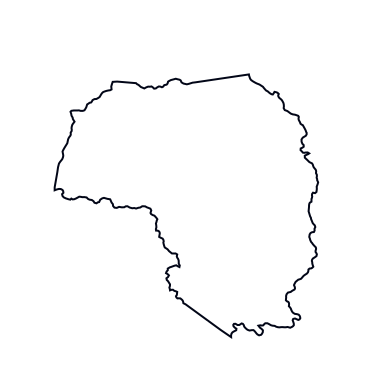 Boa Vista do Tupim, Bahia, Brazil (Natural Earth projection), rotated 286°
{"feature_id": "56859067B5310344538767", "entity_name": "Boa Vista do Tupim", "entity_type": "district", "adm_level": 2, "iso_a3": "BRA", "parent_name": "Brazil", "parent_adm1": "Bahia", "projection": "natural_earth1", "projection_center": [-40.706, -12.743], "detail": "fine", "context": "isolated", "style": "outline", "palette": "ink", "viewbox_px": 384, "rotation_deg": 286, "n_neighbors": 0, "source": "geoboundaries", "source_scale": "gbopen_adm2", "svg_char_len": 5985}
<svg xmlns="http://www.w3.org/2000/svg" viewBox="0 0 384 384"><g transform="rotate(286 192 192)"><path d="M320.7,214.3L298.2,164.7L297.3,162.5L295.0,159.0L294.1,157.4L293.9,153.9L294.5,151.7L296.1,150.4L296.5,149.2L296.4,147.0L296.4,145.2L294.8,142.6L293.8,140.9L292.5,139.5L291.5,138.6L289.5,138.6L288.2,138.0L287.1,135.9L285.4,135.3L284.4,134.2L284.6,132.5L284.3,131.0L283.0,129.7L281.6,128.7L280.9,127.1L281.8,125.5L282.3,124.0L281.6,122.5L281.2,120.8L280.0,119.2L278.4,117.6L278.7,115.1L278.9,113.8L280.2,111.1L280.5,109.5L281.2,108.2L277.5,89.6L276.0,85.4L273.4,85.3L271.2,85.3L268.4,86.4L267.3,85.3L266.5,83.5L265.5,81.7L264.4,80.1L263.5,79.0L262.3,78.3L260.9,77.8L257.8,77.0L256.3,75.7L255.1,74.5L254.4,72.6L252.9,71.1L251.3,70.8L250.2,70.3L249.5,68.9L248.5,68.2L247.3,67.1L244.2,67.0L242.2,66.5L240.9,66.1L239.9,64.7L239.3,62.5L239.3,60.9L238.4,58.1L237.8,55.9L236.8,53.7L235.6,53.1L234.1,54.2L232.1,55.2L230.7,56.7L229.3,57.4L227.2,59.7L226.1,59.3L224.9,58.8L223.5,58.4L221.7,58.4L220.2,58.6L218.6,59.3L217.3,59.5L215.7,59.0L213.6,59.7L212.4,59.5L211.0,58.9L209.9,58.6L208.5,58.4L204.5,58.7L201.7,57.9L199.2,57.2L196.6,56.6L195.3,56.4L194.2,56.9L192.7,57.7L191.3,58.3L189.6,58.4L187.7,58.2L184.6,56.9L182.7,56.3L178.9,56.4L173.8,57.1L158.7,58.7L155.8,59.5L157.2,61.4L158.3,63.3L158.7,65.1L158.3,66.9L157.4,67.9L155.8,68.6L154.1,67.7L152.4,68.7L151.5,70.2L151.1,72.4L151.0,75.1L151.1,77.1L152.4,77.8L152.0,79.3L152.6,80.8L153.9,82.4L155.2,83.7L156.4,84.9L156.7,86.4L156.8,88.0L157.4,89.8L157.7,92.2L156.7,93.9L156.4,95.6L156.7,97.9L156.0,99.9L154.8,101.2L154.8,103.3L156.1,104.3L156.7,105.5L157.9,105.7L159.3,105.9L161.2,107.5L162.1,109.0L162.1,111.1L162.1,112.7L162.3,114.1L162.4,115.4L159.7,117.6L158.5,119.3L156.8,120.0L155.6,121.8L156.0,124.1L157.6,126.0L157.9,128.6L158.6,131.0L160.0,132.3L160.5,134.0L159.9,136.3L159.9,139.0L160.7,141.0L160.7,142.8L162.1,144.9L162.8,146.5L164.6,148.1L165.3,150.9L164.8,153.1L164.7,154.7L164.5,156.6L163.1,157.9L161.9,157.9L160.4,157.9L159.5,158.8L159.0,160.6L158.9,162.4L157.4,164.8L156.3,166.2L154.9,166.0L153.3,166.1L151.8,166.0L150.4,166.7L148.3,167.5L146.4,167.5L145.0,168.1L145.4,169.7L145.1,171.1L144.3,172.0L143.1,172.5L141.7,172.6L139.8,172.8L139.4,174.4L139.1,176.6L138.1,177.7L136.8,178.4L135.5,178.4L134.0,179.2L132.4,180.2L131.2,181.1L130.2,184.3L128.8,186.3L127.4,189.6L127.9,191.6L128.4,193.2L127.9,195.0L126.0,195.1L124.8,195.9L123.9,197.0L122.6,198.0L120.9,198.6L119.5,199.0L118.0,200.5L116.4,200.6L116.7,198.8L117.2,197.1L116.4,195.6L115.7,194.6L114.5,193.0L113.5,191.5L111.7,189.8L110.2,190.3L108.5,189.5L106.8,189.4L106.4,191.1L105.5,192.8L103.7,192.4L102.0,191.2L100.5,192.0L99.7,193.5L98.8,194.5L97.2,196.3L95.6,196.7L93.9,196.6L92.7,197.4L91.4,198.0L92.3,199.2L92.8,200.6L92.1,202.3L92.1,203.9L91.9,205.3L90.3,205.6L88.8,205.8L87.4,205.3L86.4,206.0L85.7,207.3L86.2,208.7L86.5,210.2L85.5,212.4L84.5,213.5L82.7,214.4L82.3,216.7L67.3,257.6L63.3,269.6L64.8,269.1L66.8,269.0L68.3,269.6L69.3,270.5L71.3,272.6L72.8,272.4L73.3,270.8L74.3,269.0L75.6,268.3L76.8,268.7L77.3,270.1L76.7,272.4L77.2,274.1L78.3,275.1L79.3,275.9L79.3,277.2L78.3,278.5L77.0,279.3L76.0,280.8L75.1,282.6L74.8,283.8L74.7,285.5L75.7,287.6L76.2,289.2L75.3,290.9L73.7,293.1L73.1,294.2L72.7,296.0L73.8,297.8L74.9,298.3L76.7,298.7L78.6,298.3L79.6,296.6L80.3,294.7L81.8,292.7L82.7,294.4L82.9,296.1L83.5,297.3L84.6,297.7L86.0,298.6L86.6,300.6L86.3,302.3L85.7,304.6L85.7,306.2L86.1,308.4L85.7,310.0L85.7,311.8L86.0,313.4L86.7,315.0L87.1,316.3L87.4,318.0L87.8,319.4L88.6,321.1L88.6,323.8L90.0,325.4L91.0,326.2L92.1,326.6L93.8,326.0L96.5,324.1L97.9,324.3L98.8,325.9L98.5,327.9L98.3,329.4L99.1,330.4L100.3,330.9L101.5,330.5L102.7,329.6L103.5,328.3L103.5,326.5L103.2,324.4L103.7,322.6L104.5,321.3L105.8,320.1L107.2,319.1L108.1,318.0L108.9,316.6L110.4,316.4L111.9,315.9L112.9,314.9L113.1,313.4L113.8,312.1L115.3,311.8L116.5,311.6L118.0,311.1L119.8,311.1L121.8,312.0L123.1,314.4L124.1,315.1L125.0,315.9L126.5,317.4L127.6,317.6L128.9,317.1L130.6,315.7L132.0,315.9L134.2,316.4L137.0,318.3L137.8,319.6L138.7,320.8L142.2,322.4L143.5,323.4L145.2,324.9L146.7,325.6L148.3,325.6L149.6,325.3L150.8,326.1L151.4,327.6L152.3,328.5L153.6,329.2L155.0,328.2L156.3,327.4L157.7,326.9L158.8,326.2L159.9,326.1L161.3,326.5L163.5,328.4L164.7,329.3L166.6,329.2L167.6,328.3L168.4,327.3L169.6,327.0L171.5,327.0L172.9,326.3L174.1,324.2L175.2,322.5L176.0,321.6L176.8,320.3L178.4,318.9L179.8,318.1L181.1,317.1L183.7,316.8L185.3,317.3L186.5,318.6L187.1,320.2L188.7,320.5L190.4,319.9L192.3,320.2L193.8,319.2L194.5,317.9L195.5,316.5L197.0,315.4L198.7,314.0L200.0,313.4L201.1,312.3L205.6,309.4L206.7,309.2L208.8,308.8L210.3,308.5L211.4,308.2L212.9,308.0L214.2,308.2L215.6,309.5L217.1,309.1L218.3,308.8L219.5,308.9L220.8,308.8L221.9,308.2L223.2,308.0L224.7,308.5L224.8,310.6L226.3,311.6L228.6,311.3L230.2,310.9L231.4,310.4L233.9,310.6L236.1,310.6L237.8,309.1L239.0,308.7L240.0,307.9L241.6,307.7L242.9,307.3L244.3,306.0L246.3,305.6L247.6,304.7L248.5,303.3L249.5,302.0L250.6,301.2L251.6,300.6L252.6,299.5L253.1,296.6L254.6,293.9L255.3,292.5L256.1,291.0L258.0,290.4L259.2,291.7L260.3,293.1L261.4,294.0L261.9,292.3L261.2,290.2L260.6,289.1L260.4,287.8L261.3,286.4L262.2,284.8L263.8,284.5L265.0,285.9L266.3,286.9L267.9,286.4L268.8,284.8L270.5,283.5L272.7,282.8L274.8,283.5L275.8,284.4L277.4,285.9L279.0,286.3L280.5,285.9L281.3,285.1L282.5,284.3L283.8,283.1L286.8,280.1L287.0,278.8L287.6,277.4L288.7,276.7L289.8,275.6L290.9,274.6L292.2,274.1L293.6,274.0L294.5,273.1L294.6,271.8L294.7,269.8L294.4,267.4L294.6,265.3L296.1,261.4L296.3,258.6L297.9,257.0L299.4,256.8L301.2,256.2L302.7,255.4L304.0,254.2L305.1,253.0L305.8,251.7L306.5,250.0L307.6,248.7L308.8,248.2L310.1,248.4L311.0,246.8L311.1,245.2L311.0,243.7L309.3,243.3L308.0,242.8L307.9,241.5L308.3,240.0L308.9,238.5L309.6,237.1L310.0,235.2L311.0,233.6L311.8,232.4L312.7,231.2L313.9,227.3L314.2,224.2L314.5,222.7L314.9,221.1L315.3,219.6L316.0,217.8L316.9,216.7L318.3,215.7L319.6,214.8L320.7,214.3Z" fill="none" stroke="#020617" stroke-width="2"/></g></svg>